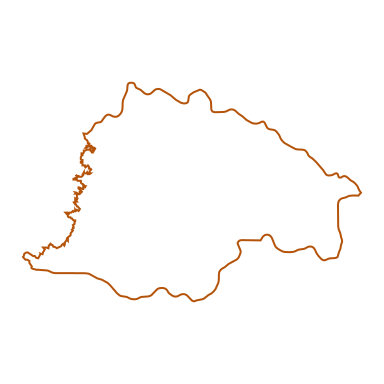 the district of Pedro Santana, La Estrelleta, Dominican Republic
{"feature_id": "3306468B44690790041357", "entity_name": "Pedro Santana", "entity_type": "district", "adm_level": 2, "iso_a3": "DOM", "parent_name": "Dominican Republic", "parent_adm1": "La Estrelleta", "projection": "natural_earth1", "projection_center": [-71.535, 19.169], "detail": "fine", "context": "isolated", "style": "outline", "palette": "amber", "viewbox_px": 384, "rotation_deg": 0, "n_neighbors": 0, "source": "geoboundaries", "source_scale": "gbopen_adm2", "svg_char_len": 5849}
<svg xmlns="http://www.w3.org/2000/svg" viewBox="0 0 384 384"><path d="M83.5,133.5L84.8,137.2L84.8,138.4L85.5,139.2L87.2,140.3L87.8,141.9L87.8,143.1L88.8,143.1L89.5,143.9L87.8,145.8L86.5,145.8L86.5,146.6L85.5,147.8L86.5,147.8L87.8,146.6L89.5,146.6L90.5,145.8L91.2,145.8L91.2,147.8L91.9,147.8L91.9,146.6L93.5,147.8L94.5,147.8L95.2,148.6L94.5,149.7L94.5,148.6L93.5,148.6L92.9,149.7L93.5,151.3L92.9,152.5L91.9,152.5L91.2,151.3L91.2,150.5L90.5,150.5L90.5,148.6L88.9,149.7L86.5,149.7L85.5,150.5L83.8,150.5L83.8,152.5L83.2,153.3L81.5,153.3L81.5,154.5L82.5,154.5L82.5,155.2L81.5,155.3L81.5,156.0L80.8,157.2L80.8,159.2L81.5,160.0L82.5,160.0L82.5,161.9L80.8,161.9L80.8,162.7L81.5,162.7L82.5,163.9L82.5,165.4L84.9,165.4L84.9,166.6L85.5,167.4L87.9,165.4L88.9,166.6L88.9,168.6L90.6,168.6L91.2,169.4L89.6,171.3L89.6,173.3L90.6,173.3L89.6,174.1L87.9,174.1L87.9,173.3L87.2,172.1L86.5,173.3L83.9,173.3L83.9,172.1L83.2,173.3L83.2,174.9L82.5,174.9L82.5,176.0L81.5,176.8L78.5,176.8L78.5,176.0L77.5,176.1L75.8,174.9L76.8,176.8L76.8,178.0L75.2,178.0L74.5,178.8L73.5,178.8L73.5,179.6L76.8,179.6L77.5,180.8L80.9,180.8L80.9,182.7L81.5,183.5L83.2,184.3L84.9,186.2L85.6,186.2L84.9,187.4L83.2,186.2L83.2,189.0L82.5,189.0L79.2,187.4L78.5,187.4L78.5,188.5L81.9,191.7L81.5,192.4L80.2,191.6L79.6,191.9L79.9,193.9L78.8,194.3L76.1,192.5L75.4,192.4L75.9,192.9L75.2,193.7L76.9,193.7L76.9,197.6L77.5,198.4L76.9,199.6L75.2,198.4L75.2,200.4L75.9,200.4L76.9,201.6L75.9,201.6L74.5,202.3L73.7,202.3L73.7,202.5L74.5,203.1L75.2,203.1L75.2,204.3L75.9,204.3L76.9,206.3L77.5,206.3L79.9,209.0L78.6,211.0L76.9,209.8L75.9,211.0L75.2,209.8L75.2,211.0L74.5,211.0L73.5,211.8L72.9,211.0L71.2,212.6L69.5,212.6L68.9,213.7L67.8,212.6L65.5,212.6L67.2,214.5L67.8,214.5L67.9,216.5L68.9,217.3L70.5,217.3L71.2,218.4L71.9,218.4L73.5,220.4L75.2,220.4L75.2,221.2L74.6,222.0L74.6,223.9L72.9,225.1L73.6,226.7L73.6,227.8L72.9,227.8L72.9,228.6L71.9,229.8L72.9,230.6L70.6,233.3L70.6,235.3L67.9,237.3L67.9,240.8L67.2,240.0L67.2,238.1L67.0,238.3L66.6,240.2L64.8,242.5L64.8,244.6L64.3,245.6L63.1,243.8L61.9,244.8L61.1,246.2L56.8,248.2L55.1,247.0L53.3,246.7L52.6,245.1L51.6,244.8L50.5,243.7L50.0,244.3L49.8,245.1L48.8,245.4L48.4,248.3L46.4,247.5L43.1,247.5L44.8,249.5L43.1,252.2L42.5,254.2L40.5,253.6L40.6,253.8L38.2,258.3L36.2,257.8L34.7,255.9L33.2,256.1L27.9,252.5L26.2,252.5L24.3,253.8L23.7,256.2L23.0,257.0L25.4,259.7L27.1,259.7L29.4,260.9L29.4,262.9L31.8,266.4L31.4,267.9L32.4,268.7L37.0,269.9L37.4,269.7L47.5,270.5L48.6,270.9L52.3,272.6L54.8,273.1L84.0,273.2L86.7,273.4L88.7,273.7L89.8,274.2L97.3,278.4L101.9,279.7L107.6,282.9L110.1,285.2L117.0,293.2L119.6,295.4L121.3,296.1L126.7,296.9L130.3,298.7L132.0,299.1L134.5,299.3L136.3,299.1L138.0,298.5L140.5,297.2L141.7,296.9L147.6,296.5L149.5,296.1L150.7,295.6L151.8,294.8L156.1,290.3L157.6,288.9L159.4,288.2L161.8,287.9L164.2,288.2L165.9,289.0L167.1,290.2L168.5,292.6L169.2,293.4L172.4,295.7L174.0,296.4L175.7,296.6L177.5,296.3L181.0,294.5L182.1,294.2L183.9,294.1L185.1,294.4L186.3,294.9L187.3,295.7L192.0,300.6L193.6,301.3L194.5,301.2L196.9,300.3L201.7,299.4L203.8,298.7L208.5,295.0L211.1,293.6L212.1,292.9L214.0,291.1L215.6,288.9L218.4,282.6L218.8,279.9L218.9,275.0L219.1,273.0L219.4,271.7L220.4,270.2L221.6,269.0L224.7,267.2L228.7,263.9L236.4,259.7L237.4,259.0L238.5,257.6L239.1,256.5L240.4,253.3L240.7,251.6L240.5,250.5L237.7,243.8L237.7,242.7L238.6,241.3L240.0,240.4L241.8,240.1L260.6,240.4L262.5,237.2L263.3,236.3L264.7,235.2L265.9,234.8L267.1,234.7L268.3,234.8L269.4,235.2L270.8,236.4L271.5,237.3L272.1,238.5L275.1,245.9L276.2,247.4L278.0,248.9L282.0,251.2L283.1,251.6L285.0,252.0L287.7,252.1L291.0,252.1L293.6,251.8L294.8,251.4L298.4,249.7L303.8,248.9L305.4,248.3L307.9,246.9L309.0,246.6L310.8,246.5L312.5,247.0L313.9,248.1L314.9,249.6L316.5,253.1L318.1,255.5L320.9,258.6L321.9,259.5L323.1,260.1L324.2,260.3L325.4,260.1L328.3,258.8L329.5,258.4L334.6,258.1L336.4,257.7L337.4,257.1L337.9,256.1L338.8,252.6L340.4,248.7L341.1,244.8L342.0,242.1L342.1,241.0L342.0,239.9L341.1,237.2L340.3,233.3L338.7,229.3L338.2,226.3L338.0,206.0L338.1,203.6L338.6,201.4L339.4,200.2L341.0,198.8L342.2,198.3L345.4,197.5L349.1,195.9L352.6,195.5L358.4,195.6L361.0,192.7L359.2,190.2L357.4,186.1L355.4,183.7L353.7,182.1L350.6,180.3L347.5,177.5L346.0,176.5L345.0,176.1L343.8,176.1L342.8,176.5L340.7,177.6L339.2,177.5L338.6,176.8L337.7,174.2L337.4,173.8L336.6,173.3L335.1,173.5L332.8,174.8L331.1,175.3L328.7,175.5L327.6,175.3L326.1,174.6L323.1,170.1L316.4,162.3L313.1,159.1L311.4,157.7L310.4,157.3L309.2,156.3L308.2,155.0L307.2,152.8L305.8,151.0L304.9,150.3L303.0,149.7L297.1,149.4L295.2,148.9L290.1,146.2L284.5,143.0L283.0,141.6L281.3,139.6L280.3,137.8L279.3,135.4L278.6,134.3L276.5,131.6L275.0,130.4L273.8,129.9L269.3,129.2L267.8,128.4L267.1,127.6L264.6,122.7L263.9,122.0L263.5,121.7L262.0,121.6L259.2,123.0L256.9,123.6L254.5,123.6L252.1,123.1L246.4,119.9L242.5,116.4L238.9,114.0L235.0,110.5L233.9,109.9L232.7,109.5L231.5,109.4L229.8,109.6L226.2,111.4L225.0,111.7L223.1,112.0L215.3,112.2L213.6,112.0L212.5,111.5L211.7,110.5L211.3,109.3L211.0,102.3L210.7,100.9L209.9,99.2L207.4,95.6L205.5,92.7L201.9,90.3L201.0,89.9L199.9,89.7L193.6,92.3L190.0,94.8L189.3,95.6L188.8,96.6L188.3,100.7L187.7,102.3L187.2,102.7L186.2,103.2L185.1,103.4L183.4,103.4L181.0,102.8L175.9,99.8L170.5,95.2L160.4,89.3L158.6,88.9L156.2,89.2L154.6,90.1L151.8,92.7L150.2,93.8L148.4,94.3L146.6,94.2L145.5,93.8L144.4,93.2L140.5,89.8L136.4,87.9L135.8,87.2L134.7,84.3L134.0,83.4L133.0,83.0L131.9,82.7L130.3,82.8L129.2,83.0L128.3,83.7L127.7,84.8L127.5,86.0L127.2,89.8L126.9,91.1L123.0,100.2L122.7,102.3L122.5,108.2L122.2,110.4L121.4,112.4L120.3,114.0L118.9,115.5L117.8,116.2L116.6,116.7L115.4,116.8L113.1,116.5L110.2,115.0L109.1,114.7L108.0,114.7L106.8,115.1L105.8,115.8L104.5,117.2L101.4,121.6L100.5,122.1L96.8,122.8L95.3,123.5L94.7,124.3L91.3,130.2L87.0,133.9L83.5,133.5Z" fill="none" stroke="#b45309" stroke-width="2"/></svg>